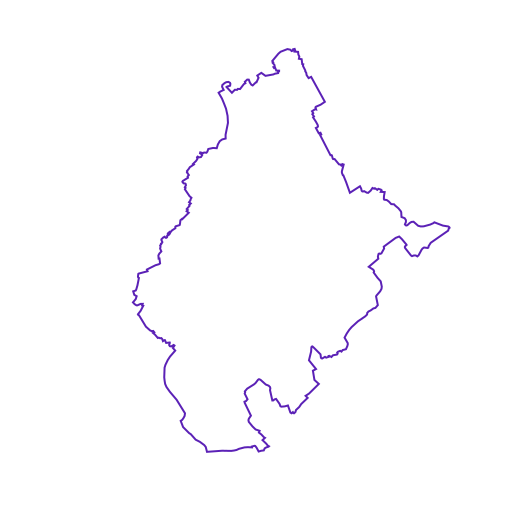 Thanh Hoa, Thanh Hóa, Vietnam (Albers equal-area conic projection), rotated 227°
{"feature_id": "81297802B5241398972305", "entity_name": "Thanh Hoa", "entity_type": "district", "adm_level": 2, "iso_a3": "VNM", "parent_name": "Vietnam", "parent_adm1": "Thanh Hóa", "projection": "albers", "projection_center": [105.783, 19.808], "detail": "fine", "context": "isolated", "style": "outline", "palette": "violet", "viewbox_px": 512, "rotation_deg": 227, "n_neighbors": 0, "source": "geoboundaries", "source_scale": "gbopen_adm2", "svg_char_len": 6151}
<svg xmlns="http://www.w3.org/2000/svg" viewBox="0 0 512 512"><g transform="rotate(227 256 256)"><path d="M145.3,417.0L146.4,416.8L150.8,413.4L159.0,409.4L159.0,408.3L160.2,404.8L163.3,398.9L165.2,396.7L167.5,395.2L173.6,394.6L174.9,392.9L175.3,390.9L175.3,387.7L175.9,386.6L176.5,386.4L177.6,386.5L178.6,388.8L180.0,390.1L182.3,390.5L185.3,389.0L188.9,392.0L189.8,392.4L193.8,392.7L197.8,392.2L199.7,392.2L201.7,390.3L205.2,390.3L207.8,389.8L209.7,388.2L210.5,388.4L212.5,390.4L215.0,393.7L217.8,391.0L218.4,392.7L219.4,392.6L221.7,391.3L221.7,389.8L224.5,389.2L224.6,388.3L226.3,387.6L225.6,384.5L225.7,381.1L226.8,380.2L229.7,379.3L230.2,378.2L230.8,377.8L231.7,377.8L233.6,378.9L236.1,379.6L238.2,367.8L248.6,372.3L255.4,374.9L255.9,374.6L258.3,375.6L259.4,376.6L263.1,382.5L264.4,381.8L264.0,380.1L265.3,380.1L266.4,379.2L273.3,379.6L274.3,378.5L275.2,378.7L277.6,380.0L278.2,380.1L278.9,379.2L300.8,385.4L300.4,386.6L302.2,387.2L303.0,385.6L308.8,387.1L308.3,388.9L308.6,389.8L309.8,390.5L313.3,391.4L318.5,392.3L318.5,393.6L321.3,393.9L321.4,395.3L323.7,395.7L323.0,399.4L322.2,399.9L324.2,400.9L324.3,401.6L322.6,406.4L321.8,411.5L349.4,418.5L350.2,415.8L353.8,416.4L355.8,417.7L357.5,418.0L358.1,418.6L363.0,420.0L364.0,421.3L364.8,420.7L368.8,423.6L371.0,421.9L372.3,423.7L374.5,424.4L376.6,426.0L379.1,423.7L379.6,424.8L381.1,425.5L381.9,424.1L381.0,423.1L381.6,421.8L383.3,421.9L385.9,420.1L388.6,413.3L388.7,410.4L387.5,400.9L385.9,400.7L385.9,399.9L383.2,399.8L381.6,398.8L382.2,397.6L381.1,397.4L380.7,398.4L377.8,397.3L375.8,399.3L375.3,398.8L375.9,398.0L374.7,396.9L376.5,394.0L376.9,392.6L381.3,385.8L386.3,384.8L387.1,380.0L384.6,379.4L382.7,374.8L383.1,374.4L383.0,369.9L384.4,369.4L387.0,369.8L389.9,371.0L391.0,369.9L391.0,366.6L389.6,366.1L390.0,364.4L389.0,358.2L390.6,356.7L390.4,355.5L392.0,353.9L391.8,349.7L399.7,349.7L399.6,350.5L398.2,353.2L399.4,354.7L400.4,355.1L402.1,354.6L403.4,352.8L403.9,350.9L404.0,348.0L402.9,346.6L399.5,345.6L400.6,342.1L400.9,340.0L394.4,338.5L389.3,336.6L384.1,334.5L377.9,330.8L372.5,326.3L365.4,316.4L362.6,313.9L364.3,310.8L364.7,307.8L363.6,304.2L361.6,300.8L364.3,298.3L366.8,294.1L365.5,291.6L365.3,290.2L367.1,288.6L367.3,287.5L369.8,285.9L369.3,285.1L367.4,285.6L366.5,285.5L365.9,283.2L367.7,280.6L368.6,281.9L368.4,280.1L367.0,279.4L366.8,278.7L366.4,277.1L366.3,272.7L365.3,272.9L366.1,268.1L365.6,266.4L365.2,263.4L364.3,263.1L364.2,262.5L361.0,262.1L360.8,260.2L359.6,259.6L360.8,253.9L360.6,252.9L360.3,252.7L358.5,252.6L357.2,253.7L356.6,253.7L355.5,253.0L354.8,250.8L353.8,250.9L353.3,249.5L345.1,248.2L342.6,248.5L342.0,246.7L341.4,245.9L341.0,243.7L338.9,244.1L338.9,241.9L338.0,241.6L337.6,237.4L336.2,237.5L336.1,235.8L333.5,236.3L333.2,227.3L333.6,227.3L333.7,225.1L331.1,222.0L330.7,221.2L332.5,217.5L332.4,216.9L331.3,216.0L332.0,212.1L331.7,209.5L331.1,208.2L331.0,207.1L331.5,207.3L332.6,208.5L332.7,207.7L332.4,206.5L331.7,206.1L331.3,205.5L331.4,204.8L330.4,203.8L330.4,203.3L330.6,202.6L331.1,202.3L332.4,202.4L332.8,200.9L332.7,198.2L332.2,197.7L330.0,197.0L329.7,196.3L329.8,194.9L329.2,194.6L329.1,193.1L327.9,192.5L326.8,190.9L323.9,189.9L323.7,186.9L323.0,185.0L320.5,183.0L320.0,183.7L316.0,180.8L316.2,179.4L317.8,176.2L320.5,167.0L318.8,166.3L323.2,158.1L323.2,157.7L321.3,155.5L320.6,155.2L319.8,155.4L315.4,149.3L313.2,145.6L312.8,144.5L313.9,142.1L310.6,140.5L308.0,141.3L306.5,138.6L306.0,134.4L303.5,134.4L301.5,134.9L300.8,135.6L299.6,139.1L298.3,140.5L297.5,139.0L296.5,139.6L294.6,134.3L293.9,129.9L293.0,129.7L292.4,130.0L279.4,127.3L273.8,127.8L272.1,128.5L271.3,129.7L269.6,129.6L269.9,128.2L267.5,128.5L263.0,128.3L262.6,129.2L261.2,129.8L260.5,130.8L259.3,130.8L257.2,129.9L257.0,131.5L256.6,132.0L253.7,131.0L251.6,133.9L251.2,133.7L250.2,131.8L248.8,131.5L247.7,132.3L247.1,135.1L246.1,135.3L245.4,132.5L241.9,132.4L241.1,124.6L240.1,120.5L238.2,115.6L236.7,113.0L229.8,106.1L227.1,104.1L224.4,102.3L221.3,101.2L215.5,100.4L205.0,99.9L189.4,96.8L187.7,94.7L186.9,92.3L186.5,90.2L186.8,88.5L180.6,86.0L172.0,86.3L170.2,86.8L162.8,86.6L158.4,88.2L153.0,89.2L150.6,89.0L146.2,86.6L136.7,98.4L130.4,104.9L128.7,107.3L127.4,109.5L126.6,112.0L123.9,117.0L121.7,119.7L118.8,122.5L119.5,123.0L118.1,125.6L117.6,125.9L115.5,125.7L111.2,124.6L110.0,127.0L108.5,129.1L109.4,131.2L109.0,133.0L108.0,135.1L108.0,135.7L109.4,135.3L111.6,135.5L116.9,135.2L116.9,138.5L117.8,138.2L121.8,138.2L124.9,137.7L125.7,139.4L129.4,137.4L133.8,137.2L139.6,137.6L141.1,138.5L141.9,139.8L142.7,143.4L156.3,147.6L157.3,148.2L156.7,149.8L157.0,152.1L163.1,153.9L163.8,155.2L164.6,155.5L165.0,159.1L163.5,166.9L163.4,169.0L164.1,173.0L163.9,174.1L163.3,174.5L162.1,174.9L155.3,175.5L152.6,176.8L150.7,176.9L149.5,176.3L148.4,174.8L139.2,169.4L138.6,170.1L138.5,171.7L137.8,173.2L131.9,172.4L129.4,171.4L128.5,171.8L126.4,174.5L124.9,177.4L118.1,174.4L116.8,174.7L116.7,176.5L115.5,176.2L115.0,176.6L115.0,178.4L116.1,180.3L116.1,184.7L116.9,188.1L117.0,197.0L119.9,196.9L119.2,201.0L119.6,214.7L125.5,214.2L133.3,219.4L132.4,222.8L143.6,223.6L148.5,231.1L151.5,234.3L151.7,235.0L151.4,235.6L149.2,235.8L140.1,236.1L137.3,234.1L136.5,234.1L135.9,234.5L135.2,237.7L133.8,238.0L132.6,240.6L133.3,241.0L133.1,241.3L132.5,241.0L131.7,242.1L130.7,242.3L130.9,244.6L128.7,248.0L128.9,249.1L130.0,249.5L130.1,250.6L129.2,252.9L127.8,253.3L128.1,255.2L126.5,258.2L127.8,261.3L128.8,262.9L129.8,263.7L135.9,265.1L137.4,269.5L138.4,273.8L138.8,277.4L138.7,286.1L137.4,294.5L137.4,296.8L137.5,297.4L138.5,298.5L138.7,300.4L138.0,302.7L137.6,306.1L136.6,307.9L137.0,311.6L144.5,316.2L144.9,317.0L145.5,322.7L146.4,325.4L147.8,327.1L152.4,329.9L157.2,330.0L163.7,330.8L164.1,331.8L165.1,332.3L166.2,332.4L171.2,331.1L170.6,343.6L172.3,344.6L173.9,346.9L173.8,347.8L172.8,348.4L172.4,349.5L174.1,354.8L175.7,355.8L174.0,370.5L172.6,374.0L168.9,374.2L161.7,373.8L161.4,373.7L161.4,371.5L161.0,370.9L160.1,370.5L150.7,369.7L149.5,370.0L148.8,371.7L147.9,372.8L147.0,373.4L145.7,373.7L145.6,375.3L147.7,381.5L147.9,383.0L147.6,384.7L144.8,387.0L144.6,387.7L145.5,389.0L146.5,392.8L143.5,413.8L144.6,415.7L144.6,416.8L145.3,417.0Z" fill="none" stroke="#5b21b6" stroke-width="2"/></g></svg>